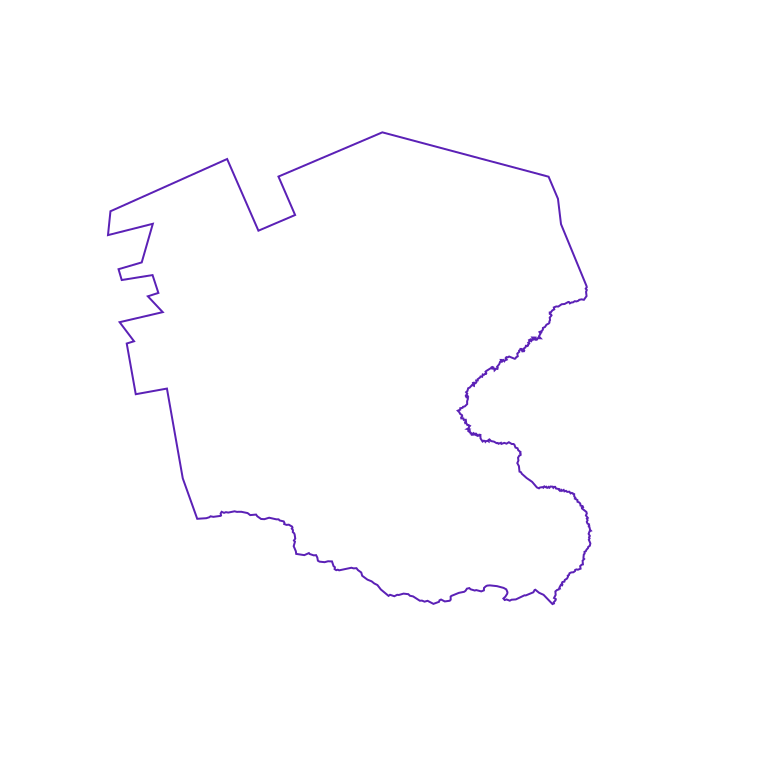 Anta, Salta, Argentina (Mercator projection), rotated 247°
{"feature_id": "61730980B73249877879896", "entity_name": "Anta", "entity_type": "district", "adm_level": 2, "iso_a3": "ARG", "parent_name": "Argentina", "parent_adm1": "Salta", "projection": "mercator", "projection_center": [-64.349, -24.908], "detail": "fine", "context": "isolated", "style": "outline", "palette": "violet", "viewbox_px": 768, "rotation_deg": 247, "n_neighbors": 0, "source": "geoboundaries", "source_scale": "gbopen_adm2", "svg_char_len": 6166}
<svg xmlns="http://www.w3.org/2000/svg" viewBox="0 0 768 768"><g transform="rotate(247 384 384)"><path d="M115.6,453.1L115.6,454.7L116.7,454.8L117.8,457.3L118.8,458.1L120.6,456.9L122.8,459.6L126.1,460.7L126.8,462.9L126.6,464.6L127.5,465.5L127.2,466.0L128.2,466.1L129.9,468.2L129.1,469.3L130.0,470.0L131.1,469.8L132.0,470.9L131.6,472.8L133.0,473.9L133.4,476.5L134.9,478.2L135.8,478.3L135.9,479.6L137.3,480.8L137.4,482.7L136.7,484.8L137.2,486.8L138.2,487.4L138.1,488.8L137.3,489.9L137.2,492.8L139.7,493.4L140.4,495.2L140.2,496.6L143.8,497.8L144.7,499.9L145.6,499.5L146.7,500.0L149.0,501.3L149.5,502.4L151.2,503.0L151.2,504.4L152.4,505.7L153.2,507.6L154.2,508.3L154.7,510.3L156.7,511.7L160.7,511.7L161.5,512.9L162.8,512.8L163.7,514.1L166.1,513.8L168.2,515.8L168.1,517.1L169.3,516.7L171.9,517.2L172.7,516.8L173.2,517.5L173.9,517.3L174.7,517.9L176.0,516.8L177.9,516.8L179.1,518.2L180.8,518.1L181.1,519.3L184.1,518.5L185.6,520.1L187.2,520.3L192.1,517.6L192.8,517.8L192.8,519.1L194.0,519.1L195.3,517.4L197.3,517.9L198.7,517.4L200.0,516.1L201.6,516.7L203.8,515.0L204.2,515.7L206.2,515.2L208.3,516.0L208.7,515.2L209.6,515.1L210.4,514.3L210.4,513.0L212.4,512.6L213.1,510.5L214.5,509.8L214.7,508.1L216.3,508.0L216.1,506.0L217.2,505.8L216.8,504.3L218.2,503.7L218.8,504.2L220.6,501.5L222.4,501.4L222.8,500.4L222.3,499.3L223.6,499.1L224.6,497.1L223.9,495.8L225.0,495.2L224.5,494.1L225.1,493.2L226.0,493.2L226.1,492.1L227.1,491.6L227.0,490.6L226.4,490.1L227.2,489.4L227.8,487.1L227.4,485.9L229.1,484.3L236.1,482.1L241.6,478.6L247.5,475.8L249.3,475.6L250.4,474.5L255.7,476.1L259.1,475.8L261.0,477.8L263.8,478.6L265.3,480.7L265.2,481.9L266.2,482.5L267.3,482.3L268.0,483.1L270.6,481.7L272.7,481.8L274.1,480.2L277.3,480.3L278.2,479.7L278.8,478.2L281.6,476.2L281.2,473.5L282.8,471.7L283.0,468.7L284.2,468.7L284.3,466.0L285.3,465.7L285.6,464.5L288.0,462.7L289.6,460.3L291.8,459.4L291.7,458.5L290.2,457.9L291.2,457.2L291.5,455.4L291.2,454.8L292.0,454.8L292.8,453.7L292.5,452.3L296.2,451.6L298.9,452.6L299.2,451.7L299.7,452.5L300.1,451.9L299.5,451.2L299.7,450.0L300.9,450.0L301.2,449.5L300.8,448.9L301.2,448.6L302.3,449.2L302.8,448.2L302.0,447.8L302.4,446.6L302.8,447.6L303.8,447.1L303.3,446.2L303.5,445.0L304.2,445.2L304.6,444.5L305.3,444.8L305.9,444.2L306.8,444.5L306.8,443.8L307.7,443.2L308.4,443.5L308.9,444.8L310.1,443.0L310.3,444.9L311.4,445.5L311.9,446.7L313.3,445.7L313.6,444.7L316.1,444.4L316.2,443.5L317.2,443.6L317.3,444.8L319.1,445.3L319.8,443.4L321.3,443.6L322.1,441.7L323.0,441.9L323.9,443.5L324.9,443.6L327.0,442.3L328.3,442.4L330.6,441.5L330.6,444.2L331.9,444.7L331.4,447.0L332.1,447.8L331.8,449.6L333.0,452.7L335.7,453.8L337.6,455.5L338.5,455.4L339.2,456.4L340.3,456.3L339.9,454.7L341.1,454.6L342.8,456.9L344.4,456.4L345.0,458.1L347.2,459.8L347.2,461.5L348.7,464.7L347.2,466.1L347.8,466.4L348.6,465.7L349.1,465.9L349.0,466.6L350.2,466.5L350.1,467.4L349.1,467.9L348.9,468.6L349.7,469.9L351.2,470.2L350.7,471.7L351.8,472.1L352.5,475.0L353.2,475.8L352.3,477.2L354.2,478.6L353.4,479.5L353.8,480.8L353.4,481.7L354.0,482.4L355.6,482.2L356.0,483.1L356.8,488.2L356.4,489.0L357.3,489.4L357.4,490.3L356.7,491.0L355.6,490.3L355.1,491.5L353.4,491.1L354.3,493.3L353.6,494.3L354.7,495.1L355.7,494.9L357.2,497.8L359.1,499.6L358.7,501.0L360.5,501.0L360.1,501.9L358.7,501.7L359.3,503.3L358.0,503.7L358.5,504.4L358.5,506.5L360.3,506.1L360.9,507.2L360.2,508.4L360.4,509.9L356.2,514.1L356.1,514.9L356.9,515.9L357.2,517.9L359.9,518.6L360.8,521.1L361.9,521.4L362.3,522.8L363.0,523.3L362.7,524.0L360.0,524.1L359.5,525.7L360.0,526.2L361.9,526.0L362.4,528.5L363.7,529.5L362.9,530.8L363.1,531.6L363.8,531.7L364.5,533.4L365.6,532.9L366.3,534.8L367.7,534.7L367.8,536.6L366.2,536.7L366.8,537.6L366.4,539.3L368.8,538.8L367.5,541.7L366.0,540.8L365.3,541.1L365.1,542.1L366.1,543.6L364.9,546.0L367.3,545.2L369.1,547.6L371.1,547.4L371.1,548.4L369.9,548.5L370.0,549.0L371.0,549.7L372.0,551.5L373.5,552.2L373.6,554.5L375.1,556.7L375.3,559.2L375.8,560.2L377.0,560.7L377.9,561.8L380.4,562.5L381.7,565.0L382.6,565.0L383.8,564.0L385.1,564.5L384.9,565.8L386.0,567.7L386.2,569.9L388.1,570.2L388.1,572.7L387.2,574.8L388.0,578.7L387.1,581.5L387.5,585.7L387.0,586.4L385.6,586.6L385.8,588.4L385.3,589.8L385.7,591.9L384.8,593.5L384.7,595.5L385.2,596.6L384.7,599.0L383.4,600.9L385.8,604.8L389.9,606.0L391.3,607.4L392.9,606.9L393.9,608.5L395.2,608.7L462.0,609.4L486.5,616.5L510.5,616.5L616.3,480.8L616.2,367.9L574.3,368.2L574.2,328.3L652.4,327.5L649.9,199.7L628.9,188.1L621.8,233.8L590.6,208.5L593.4,184.5L582.2,183.2L574.7,213.5L556.0,211.9L557.0,200.9L536.6,208.4L544.2,164.8L521.0,170.6L521.8,163.0L471.6,151.5L464.6,182.4L375.8,161.9L332.9,159.4L329.9,168.0L329.6,171.2L330.0,172.6L328.4,175.0L326.5,181.9L326.6,182.6L328.6,183.0L329.8,184.6L327.9,186.4L327.8,188.4L326.5,190.4L325.2,196.7L323.8,198.6L322.2,202.6L318.5,208.0L315.6,209.6L313.8,215.2L311.7,215.7L307.8,218.1L306.3,221.1L305.8,226.0L301.5,232.0L300.6,234.1L299.2,234.6L296.7,238.0L295.1,238.1L294.1,237.4L292.4,239.2L291.7,241.4L288.6,243.7L287.4,243.6L286.9,242.6L285.1,243.1L283.3,242.2L281.6,243.0L280.2,242.9L276.4,241.9L275.1,239.9L273.6,240.4L270.0,237.5L264.5,237.5L261.9,236.8L257.6,243.8L257.7,248.8L256.6,249.1L253.7,252.4L253.0,254.6L250.3,254.8L247.2,254.1L245.7,255.2L243.2,259.7L242.7,263.2L241.0,266.8L236.1,266.4L234.5,267.2L232.9,266.2L231.3,267.3L231.1,268.9L230.0,269.9L227.6,282.2L226.2,283.9L225.2,286.7L222.9,287.3L219.4,289.4L216.0,289.0L210.4,292.3L207.2,295.5L204.2,297.1L201.5,299.4L196.1,300.8L187.2,305.4L187.6,307.2L184.6,310.6L184.8,313.8L184.0,315.2L183.4,320.1L181.0,324.3L179.0,325.1L177.1,327.8L170.5,332.3L169.8,334.3L167.8,336.3L167.4,339.4L162.3,343.6L162.0,349.5L163.2,350.6L163.3,352.3L160.1,355.0L158.8,359.8L159.4,361.1L162.3,362.3L162.6,363.3L162.5,371.3L161.4,376.6L161.8,378.3L163.2,380.3L162.8,382.8L161.2,383.5L158.4,386.9L158.3,388.3L155.1,392.5L155.0,395.3L157.2,396.4L158.0,398.7L158.1,400.2L157.3,402.7L153.8,409.0L149.6,414.4L147.2,416.3L144.1,416.3L142.8,415.5L140.8,412.6L139.9,410.1L138.0,410.7L137.8,412.6L135.4,415.1L135.6,417.1L134.2,421.2L134.6,430.7L134.0,431.9L133.9,440.1L135.5,442.1L135.5,442.9L131.2,445.2L127.6,448.5L115.6,453.1Z" fill="none" stroke="#5b21b6" stroke-width="2"/></g></svg>